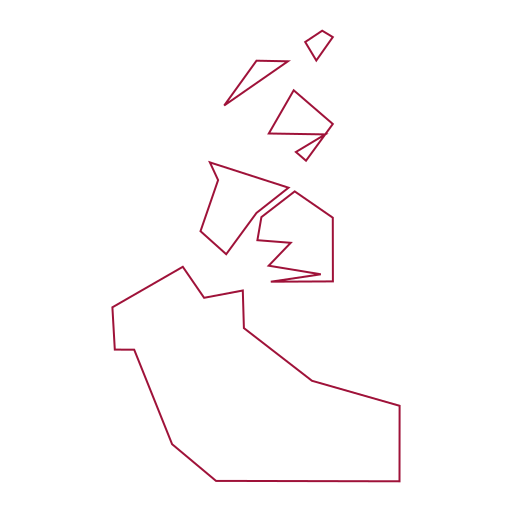 map outline of Northwest Territories (Mercator projection)
{"feature_id": "CAN-635", "entity_name": "Northwest Territories", "entity_type": "Territory", "adm_level": 1, "iso_a3": "CAN", "parent_name": "Canada", "parent_adm1": "", "projection": "mercator", "projection_center": [-123.126, 69.383], "detail": "coarse", "context": "isolated", "style": "outline", "palette": "rose", "viewbox_px": 512, "rotation_deg": 0, "n_neighbors": 0, "source": "natural_earth", "source_scale": "10m", "svg_char_len": 675}
<svg xmlns="http://www.w3.org/2000/svg" viewBox="0 0 512 512"><path d="M112.4,307.3L182.8,266.8L204.1,297.8L242.8,290.5L243.9,328.1L312.0,380.8L399.6,405.8L399.5,481.3L216.0,480.9L172.1,444.2L134.2,349.7L114.8,349.6L112.4,307.3ZM332.9,281.4L270.8,281.7L320.8,274.3L268.7,265.7L290.7,242.8L257.4,240.2L261.4,217.1L294.7,191.4L332.8,217.7L332.9,281.4ZM288.5,187.7L256.5,212.9L226.2,254.2L200.5,231.2L218.1,180.1L209.9,162.4L288.5,187.7ZM332.8,124.0L306.0,160.7L295.9,152.0L325.2,134.4L268.8,133.5L293.7,90.3L332.8,124.0ZM287.9,61.3L224.2,105.5L256.5,60.7L287.9,61.3ZM332.8,37.1L316.3,60.5L305.2,42.0L322.2,30.7L332.8,37.1Z" fill="none" stroke="#9f1239" stroke-width="2"/></svg>